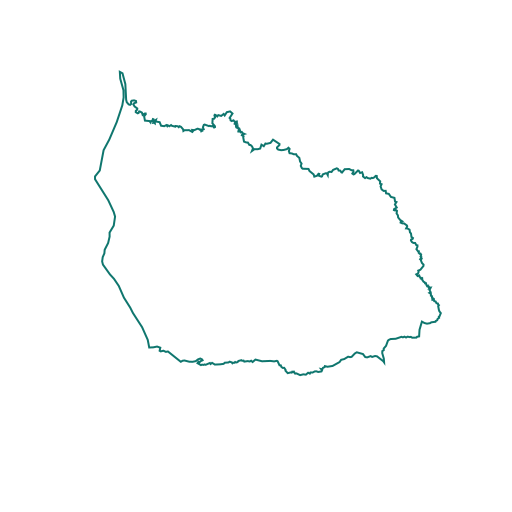 Xuyen Moc, Bà Rịa - Vũng Tàu, Vietnam (Albers equal-area conic projection), rotated 111°
{"feature_id": "81297802B24499966976565", "entity_name": "Xuyen Moc", "entity_type": "district", "adm_level": 2, "iso_a3": "VNM", "parent_name": "Vietnam", "parent_adm1": "Bà Rịa - Vũng Tàu", "projection": "albers", "projection_center": [107.437, 10.63], "detail": "fine", "context": "isolated", "style": "outline", "palette": "teal", "viewbox_px": 512, "rotation_deg": 111, "n_neighbors": 0, "source": "geoboundaries", "source_scale": "gbopen_adm2", "svg_char_len": 6088}
<svg xmlns="http://www.w3.org/2000/svg" viewBox="0 0 512 512"><g transform="rotate(111 256 256)"><path d="M141.4,200.2L143.2,204.3L147.3,205.6L147.3,206.3L146.1,207.9L146.6,209.5L145.4,210.6L145.2,212.0L148.0,214.9L150.5,215.6L150.9,217.4L151.9,218.4L152.8,218.6L154.8,218.0L153.4,219.6L153.8,220.6L155.9,222.9L158.0,222.9L158.5,223.4L158.5,226.3L156.7,226.4L156.8,227.1L159.2,227.8L161.0,230.0L159.2,231.4L157.5,236.5L155.9,238.2L157.8,243.7L157.5,244.7L155.8,246.5L153.4,246.6L152.0,248.7L148.9,250.7L147.8,253.7L146.6,255.0L147.5,257.2L147.4,259.2L148.0,261.5L146.3,262.9L144.0,263.0L143.3,264.5L145.2,265.5L147.1,268.2L148.2,270.4L148.7,273.4L148.1,274.9L147.1,275.3L144.0,273.9L143.0,274.2L141.3,281.8L145.2,283.0L147.4,286.2L147.6,287.5L150.7,288.1L150.1,290.8L154.2,290.6L155.7,292.7L156.8,295.7L159.4,297.4L156.6,297.4L155.1,299.0L154.3,300.9L154.7,302.0L153.0,304.2L153.5,305.8L153.5,308.2L149.9,310.4L148.7,310.5L148.3,312.5L147.6,312.4L146.2,310.6L146.1,312.6L145.3,313.7L146.0,314.6L144.2,316.2L146.0,316.6L146.1,317.1L142.9,317.6L142.7,319.0L141.8,319.5L143.1,319.6L143.0,320.5L141.7,321.4L140.4,321.5L140.2,323.3L138.4,322.9L138.5,321.6L137.3,322.1L138.4,323.9L137.4,325.6L138.7,327.0L138.5,328.3L137.0,329.2L136.6,330.1L131.4,329.0L130.3,332.0L132.2,334.8L136.0,335.6L135.0,337.1L137.7,338.7L138.0,341.7L139.6,342.2L138.8,344.3L138.9,345.1L139.6,345.2L141.3,343.9L142.8,344.3L143.6,345.6L147.7,344.3L149.6,340.8L150.4,340.5L151.1,341.2L150.1,343.2L151.0,344.3L151.0,345.8L151.6,346.5L151.7,351.1L152.3,351.7L154.8,351.7L156.4,350.3L157.7,352.2L158.4,351.1L159.2,351.8L157.7,353.0L158.3,353.9L157.9,354.7L158.1,356.2L160.6,358.7L161.1,360.5L161.9,359.6L163.0,359.9L162.5,363.6L164.2,367.8L165.3,368.6L163.9,369.4L162.3,372.3L162.2,373.8L163.4,374.3L162.9,375.4L163.5,377.8L164.2,377.8L164.6,381.2L164.2,382.2L165.9,383.4L165.6,385.2L166.6,385.4L165.9,386.6L167.7,388.2L168.4,391.3L165.6,393.9L166.4,398.1L164.8,398.2L165.9,399.0L168.4,398.0L168.1,399.0L168.5,399.7L165.9,400.1L165.1,400.6L165.1,401.3L167.1,401.3L167.7,402.4L169.1,402.3L168.2,403.8L169.4,408.2L165.7,410.5L163.1,409.7L162.5,410.1L163.0,411.1L164.9,412.4L163.0,413.9L162.7,416.3L162.9,416.9L164.6,416.9L165.2,417.6L164.8,419.8L163.6,420.2L162.0,419.4L160.8,419.7L159.9,423.0L158.4,424.8L157.0,424.5L155.6,422.9L154.3,423.6L154.4,425.6L155.6,427.7L156.7,428.0L158.7,427.0L160.0,427.7L160.1,429.2L158.7,431.8L156.7,433.2L142.3,439.6L133.3,446.1L132.9,449.1L139.1,446.3L148.8,439.1L155.4,436.4L163.3,434.8L180.9,434.0L199.9,434.7L211.8,436.2L232.2,432.5L239.4,434.8L242.0,433.8L256.9,413.9L265.9,404.6L269.7,401.7L278.6,399.7L286.6,401.1L290.4,399.6L296.9,398.7L304.4,399.5L307.9,398.5L312.0,398.7L316.2,397.7L318.9,395.8L325.5,385.8L328.2,380.4L333.1,373.4L342.2,364.4L349.3,354.9L353.3,350.5L363.3,336.8L373.1,327.0L379.7,322.9L378.1,319.2L376.0,315.9L375.9,312.5L379.0,312.0L379.2,310.8L377.6,308.5L377.8,305.8L376.7,304.0L381.7,288.3L380.1,287.0L379.2,285.4L378.6,280.4L377.5,277.3L375.8,274.6L373.3,273.1L371.7,271.3L371.9,269.2L372.5,268.5L374.1,270.1L375.4,270.6L375.3,271.8L377.0,272.2L377.6,268.3L376.8,267.5L376.4,265.8L375.7,265.2L375.6,264.0L372.4,260.7L373.1,259.7L371.5,258.7L372.1,255.5L370.0,250.7L368.3,247.6L366.8,246.9L365.3,243.6L364.1,242.7L364.0,240.5L364.6,239.6L363.9,239.2L363.5,238.0L362.4,237.5L362.6,236.5L361.7,235.2L360.3,234.8L358.5,232.3L358.8,231.4L358.1,230.1L358.8,229.1L357.1,226.1L356.7,224.0L355.5,223.0L356.2,221.2L352.9,219.4L352.1,212.6L348.8,205.0L347.9,201.3L346.4,199.0L346.5,198.1L349.6,194.9L349.2,193.7L350.4,192.6L350.9,191.0L350.3,189.6L351.7,187.6L352.5,187.4L354.0,184.4L352.2,181.8L352.1,180.9L351.0,180.7L351.1,179.6L350.4,179.2L351.8,177.3L351.1,176.2L351.4,172.1L349.5,169.4L348.9,166.9L346.3,165.5L346.5,163.6L345.2,163.4L344.5,161.4L342.7,159.8L342.0,158.3L342.0,156.4L340.3,153.5L339.0,153.4L338.2,154.7L338.0,153.5L336.4,153.4L335.1,152.1L334.1,152.2L333.8,149.6L331.2,145.1L325.1,140.0L322.4,139.3L320.6,136.7L317.0,133.9L316.7,131.9L315.9,130.6L311.6,128.8L309.8,127.4L309.2,121.0L311.2,117.8L310.8,115.9L308.4,113.1L308.6,111.4L306.7,109.0L306.3,107.1L308.6,99.5L309.4,98.3L306.0,99.9L301.5,103.3L299.5,104.0L298.1,103.0L296.6,103.6L293.3,102.4L287.7,102.5L286.8,102.0L285.3,100.6L283.2,95.9L279.3,91.2L279.3,89.7L278.1,88.5L278.3,86.7L277.0,85.6L276.6,83.3L276.0,82.5L276.3,80.9L274.7,77.0L273.7,76.7L272.6,74.9L266.3,76.9L257.8,77.6L258.2,74.7L257.9,72.1L256.3,69.4L255.1,68.6L253.1,64.9L252.3,64.9L251.0,63.8L249.6,63.9L248.1,62.9L247.2,63.5L246.7,63.1L243.1,63.0L241.9,65.0L240.7,66.0L237.6,67.9L236.4,67.6L236.1,68.6L235.2,69.1L235.4,70.6L234.1,72.0L234.3,73.4L232.8,74.4L233.7,75.6L232.9,76.0L232.1,75.4L231.8,76.8L230.5,77.2L230.4,78.5L228.7,79.1L228.3,80.9L227.2,80.0L225.6,81.8L223.2,81.6L224.0,82.6L223.1,82.5L223.3,83.6L222.7,83.8L222.9,85.1L222.2,85.1L222.5,85.7L221.9,86.6L220.5,87.6L220.9,88.4L220.1,89.1L220.0,90.3L218.8,92.1L217.4,92.8L218.1,93.3L218.0,94.2L217.2,94.3L216.9,95.7L215.7,96.6L216.8,97.9L215.7,99.8L214.3,98.5L212.5,98.5L211.5,99.3L209.9,97.6L205.3,96.1L204.0,96.5L203.1,98.5L200.9,100.6L199.4,100.5L199.8,101.5L197.7,101.3L197.4,102.2L195.7,102.2L194.8,103.3L195.3,104.0L194.7,105.3L193.3,105.6L193.5,106.5L192.1,108.7L189.4,108.6L188.2,109.1L188.4,110.2L186.8,112.1L187.4,113.8L187.1,115.4L186.0,116.9L185.1,117.1L183.9,115.9L183.0,115.9L182.5,117.7L179.4,119.4L178.8,120.7L176.4,122.1L176.0,124.6L176.4,125.7L174.0,125.5L173.4,126.1L172.5,129.5L173.1,131.1L173.0,133.0L172.3,133.1L171.2,132.0L170.7,134.3L169.1,137.1L167.2,138.1L165.9,140.0L163.3,140.6L163.0,141.5L163.7,142.6L163.7,143.7L162.8,143.9L160.3,142.0L158.1,144.8L155.3,144.2L155.3,145.7L152.1,147.6L152.5,151.2L150.4,154.3L150.9,157.0L148.7,158.3L149.5,160.2L148.8,162.6L146.4,164.6L144.0,164.5L144.0,166.2L141.8,166.8L140.1,170.9L138.0,172.0L138.3,173.0L140.0,173.6L141.4,174.9L141.6,176.1L142.8,176.9L143.2,179.6L142.8,181.1L144.2,182.1L143.4,184.6L142.0,185.0L139.8,186.9L141.2,188.6L139.6,190.6L139.6,191.4L144.3,193.5L144.9,194.2L144.5,195.6L142.3,195.2L141.1,195.9L141.7,197.5L141.4,200.2Z" fill="none" stroke="#0f766e" stroke-width="2"/></g></svg>